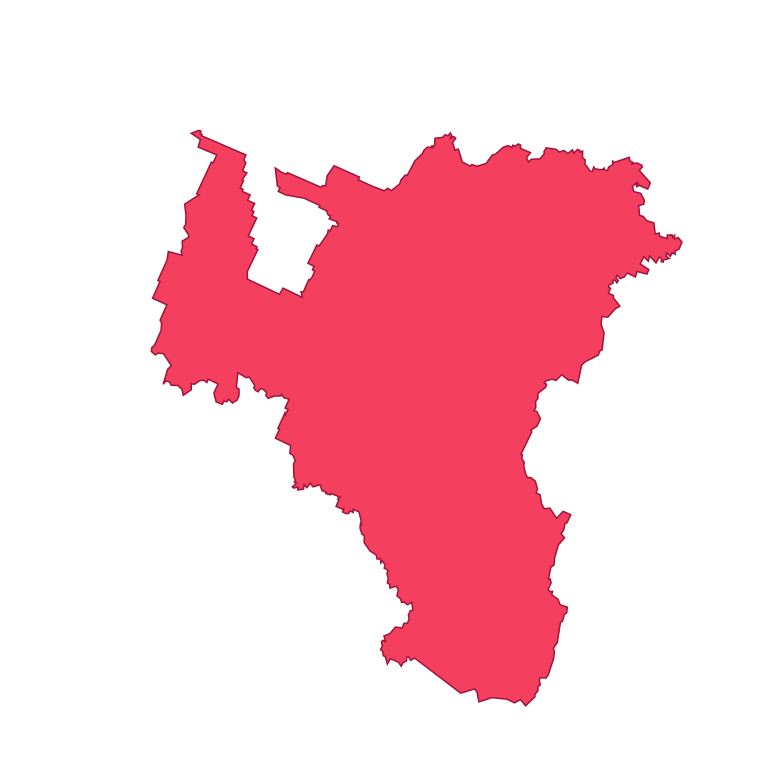 the district of Cabonne, New South Wales, Australia, rotated 195°
{"feature_id": "25037944B28032354001178", "entity_name": "Cabonne", "entity_type": "district", "adm_level": 2, "iso_a3": "AUS", "parent_name": "Australia", "parent_adm1": "New South Wales", "projection": "orthographic", "projection_center": [148.824, -33.111], "detail": "fine", "context": "isolated", "style": "filled", "palette": "rose", "viewbox_px": 768, "rotation_deg": 195, "n_neighbors": 0, "source": "geoboundaries", "source_scale": "gbopen_adm2", "svg_char_len": 6171}
<svg xmlns="http://www.w3.org/2000/svg" viewBox="0 0 768 768"><g transform="rotate(195 384 384)"><path d="M617.1,355.2L612.4,352.9L610.2,355.4L604.9,356.2L594.2,346.7L596.8,342.2L597.3,326.6L595.3,330.6L591.6,330.3L589.4,327.8L582.7,329.2L577.8,326.5L574.9,321.1L568.7,328.6L570.2,334.4L567.1,334.6L562.7,339.6L559.2,341.0L555.5,339.6L555.0,343.1L544.3,341.1L546.0,331.1L541.5,323.3L534.9,322.5L534.1,326.1L531.2,326.1L530.1,329.1L525.5,326.4L521.7,330.5L521.0,335.0L522.7,341.6L525.7,342.4L528.1,357.1L518.6,354.4L515.9,355.9L508.5,349.1L508.8,346.5L506.9,344.8L503.5,343.9L502.7,346.7L500.2,348.0L495.4,345.6L495.1,342.3L492.2,340.2L486.4,344.2L480.9,345.6L480.2,347.7L477.4,344.8L471.8,344.7L473.3,335.2L470.1,334.6L471.3,328.7L472.2,330.4L475.0,313.6L473.2,313.4L474.9,303.5L458.3,300.4L457.0,292.6L453.7,291.8L450.0,287.2L450.7,283.3L446.9,270.7L444.7,268.1L445.3,266.1L442.9,265.6L445.9,260.9L444.1,260.1L440.7,262.1L439.8,259.3L434.5,261.6L435.0,266.1L431.6,263.9L429.7,268.9L425.9,266.3L419.7,270.1L416.3,265.0L411.6,264.5L411.8,263.1L407.1,263.1L406.9,264.5L396.5,263.3L398.6,262.8L398.9,260.8L397.6,260.5L398.6,253.4L391.2,252.2L390.3,253.8L391.0,249.7L386.8,249.0L384.5,249.9L384.1,252.5L380.5,252.0L381.3,254.9L375.1,254.0L370.6,245.9L370.6,242.4L369.2,242.2L370.4,240.8L369.7,238.4L366.5,233.3L363.7,232.4L362.2,225.7L354.3,219.1L347.4,216.9L345.3,213.1L342.2,214.1L340.7,210.3L339.9,212.6L336.0,209.6L336.1,206.2L331.7,205.0L332.1,201.5L329.5,197.1L329.3,192.7L326.7,192.0L325.4,188.4L319.8,191.9L317.0,189.2L316.6,182.6L312.6,180.9L310.5,177.6L308.1,178.6L304.3,176.8L300.7,180.3L297.7,173.1L300.0,171.5L300.6,167.0L299.1,164.2L299.3,159.1L302.7,158.1L303.3,153.0L310.0,152.2L313.8,144.3L318.8,140.6L315.9,135.7L318.6,136.2L319.8,134.5L317.8,130.4L318.6,126.6L316.0,125.3L314.3,121.3L312.2,121.0L308.3,114.4L306.7,120.3L298.0,119.0L294.3,115.8L293.4,119.9L290.6,122.2L291.3,126.2L289.8,126.8L286.8,124.0L283.4,127.2L229.9,105.2L217.6,112.9L214.5,110.5L210.0,101.5L198.8,108.9L183.8,111.4L175.4,109.8L170.5,114.5L164.0,109.8L157.2,120.9L157.9,122.9L155.9,127.7L157.0,131.6L155.1,133.9L157.3,137.9L157.1,140.7L151.5,141.9L150.1,145.5L149.1,162.7L150.1,169.6L152.0,172.6L149.7,179.2L151.9,199.5L150.2,201.0L150.2,207.9L148.3,210.3L149.2,215.9L156.7,216.3L160.2,221.1L167.4,223.8L167.6,227.4L169.7,226.4L172.3,228.0L171.1,235.2L173.0,238.7L174.6,238.1L175.5,250.5L172.9,252.9L174.2,259.9L173.9,273.7L169.8,282.2L174.2,285.2L172.6,289.5L173.0,296.1L171.4,297.2L169.7,306.0L178.0,307.4L182.5,299.0L191.6,307.0L197.0,305.0L200.8,309.0L204.5,317.4L208.8,318.2L208.6,322.4L212.7,329.3L217.9,331.6L221.1,330.9L223.4,333.1L227.9,341.2L228.2,344.5L231.8,348.0L231.9,351.4L233.5,351.7L228.9,375.8L230.0,377.8L225.3,382.8L223.9,390.9L229.3,397.0L232.2,397.0L231.3,400.6L233.0,406.4L231.6,410.0L232.9,414.8L227.0,422.6L226.9,425.8L229.6,426.7L228.4,428.8L222.8,432.3L218.8,431.9L214.7,438.9L207.0,435.5L203.1,436.6L197.0,434.8L198.0,453.4L195.5,457.5L184.3,467.6L184.3,471.6L182.2,473.4L184.6,490.1L189.7,497.9L191.0,505.5L185.1,506.5L179.9,516.8L176.3,520.2L184.8,526.7L185.2,528.9L190.7,529.7L189.9,535.1L191.9,535.4L192.3,537.9L188.8,540.7L189.7,543.4L187.7,544.1L185.3,542.0L184.4,544.5L187.6,546.9L187.0,549.3L183.0,547.0L179.4,549.8L177.9,554.1L168.8,552.5L168.8,558.2L158.5,558.2L157.8,563.0L167.6,566.3L166.0,574.1L160.5,571.0L160.5,576.5L152.6,571.3L150.9,577.9L148.4,576.9L148.0,573.9L145.8,574.1L146.4,575.9L141.0,579.1L144.8,580.6L144.7,583.7L140.5,581.3L139.7,585.2L136.4,584.7L137.3,587.5L133.9,590.8L132.9,598.2L137.8,601.6L141.0,599.4L141.8,602.8L143.2,600.4L144.4,602.6L148.9,601.2L148.1,597.7L155.8,598.0L157.3,601.0L160.9,599.1L165.0,609.5L172.6,609.7L177.0,613.0L180.7,613.0L184.2,622.2L179.6,624.9L180.1,628.9L185.4,634.6L192.5,634.5L195.2,639.0L192.0,644.0L190.4,643.1L192.0,642.4L191.0,640.0L188.7,641.9L179.7,640.5L178.8,647.2L192.7,656.4L190.7,660.5L191.5,662.0L196.9,663.0L201.4,660.8L200.9,662.4L204.4,663.3L205.7,666.5L219.3,657.4L221.2,659.0L219.7,655.2L223.2,651.6L223.3,648.0L226.7,648.0L227.2,649.5L229.0,647.3L235.7,646.4L237.6,647.9L237.8,643.3L239.5,642.8L246.9,648.5L247.7,652.6L250.8,654.0L252.4,660.3L254.7,658.7L255.2,660.3L257.8,660.6L260.4,656.2L262.5,659.0L266.1,654.3L270.7,656.2L274.5,653.5L278.7,655.2L288.4,654.1L289.6,649.8L288.8,647.9L291.7,641.8L299.9,639.2L301.9,635.9L305.0,639.4L302.3,645.4L311.6,646.6L313.3,647.3L313.9,650.2L316.5,650.6L318.8,647.7L321.4,648.0L321.7,645.6L325.8,646.4L330.1,643.5L335.6,635.1L338.7,633.1L342.4,623.5L350.5,618.4L355.9,618.8L357.1,616.7L365.9,618.8L373.0,630.2L376.1,628.2L380.3,635.1L378.3,639.8L380.7,641.1L383.3,638.6L382.8,641.2L384.8,643.7L386.4,640.4L389.5,640.6L391.2,637.4L398.4,634.5L396.8,627.1L399.6,626.2L398.4,624.9L403.3,624.1L405.9,620.2L406.6,616.3L411.9,607.7L415.5,591.6L417.5,591.4L420.4,585.5L420.7,581.2L427.0,572.7L431.1,574.0L433.8,570.7L446.3,572.0L461.5,574.5L461.2,577.5L488.7,581.9L492.8,570.4L491.7,560.2L494.6,559.8L495.9,557.7L532.0,563.2L532.4,561.4L537.2,561.9L544.9,564.5L538.2,547.5L535.2,546.9L536.0,542.7L528.1,541.2L509.5,542.8L492.1,539.8L492.5,537.8L484.6,536.6L481.6,532.8L479.2,532.5L479.7,529.3L471.1,528.7L471.3,527.3L469.4,527.0L469.9,523.8L474.6,523.7L475.6,518.0L477.7,518.3L477.4,514.3L482.4,500.5L484.8,501.0L488.7,480.9L482.1,479.6L482.7,475.7L480.2,475.1L480.9,469.4L482.4,465.2L483.7,465.4L485.8,451.8L488.0,451.7L485.4,446.5L506.3,450.5L508.2,443.6L543.0,449.9L545.2,457.2L540.6,481.3L542.5,481.7L542.2,483.7L548.2,484.9L547.1,490.7L553.4,491.9L549.9,511.4L555.0,512.4L554.3,517.0L557.0,517.6L555.6,524.8L563.3,526.2L562.2,532.0L570.9,533.4L570.6,535.6L573.6,536.2L572.3,543.9L573.8,544.3L571.1,552.5L575.7,553.3L574.7,561.9L577.4,564.2L576.6,569.5L624.7,576.6L624.5,578.1L626.5,578.5L626.1,580.8L628.6,581.0L635.1,576.3L624.7,572.7L624.8,564.7L604.9,562.0L606.3,553.3L608.2,553.6L614.2,519.2L611.6,518.8L623.1,506.1L618.8,495.4L616.9,486.7L617.9,483.3L610.9,476.9L611.0,474.8L615.9,469.8L613.9,463.3L614.4,459.9L612.2,456.1L626.6,456.1L625.6,447.6L629.2,425.5L626.9,425.1L629.8,406.9L614.2,404.3L616.8,387.6L614.7,385.7L613.2,378.2L615.6,362.4L617.8,358.9L617.1,355.2Z" fill="#f43f5e" stroke="#9f1239" stroke-width="1.5"/></g></svg>